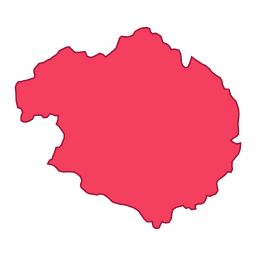 Ilicínea, Minas Gerais, Brazil
{"feature_id": "56859067B59250677918244", "entity_name": "Ilicínea", "entity_type": "district", "adm_level": 2, "iso_a3": "BRA", "parent_name": "Brazil", "parent_adm1": "Minas Gerais", "projection": "natural_earth1", "projection_center": [-45.811, -20.936], "detail": "fine", "context": "isolated", "style": "filled", "palette": "rose", "viewbox_px": 256, "rotation_deg": 0, "n_neighbors": 0, "source": "geoboundaries", "source_scale": "gbopen_adm2", "svg_char_len": 2613}
<svg xmlns="http://www.w3.org/2000/svg" viewBox="0 0 256 256"><path d="M229.0,89.4L224.4,89.0L222.4,84.3L221.7,80.3L219.7,77.4L216.8,75.8L214.5,74.3L211.6,71.9L209.9,69.4L207.9,67.6L205.5,65.6L202.2,64.2L198.7,61.8L196.2,60.2L193.9,58.5L191.7,56.9L190.5,61.0L189.1,64.6L187.9,67.2L185.0,67.8L182.6,65.4L181.3,62.1L181.1,57.6L180.7,54.1L178.9,50.2L174.8,49.2L171.1,49.5L169.7,46.6L167.3,44.3L163.2,42.6L161.9,39.8L161.0,36.5L158.4,34.6L155.5,33.2L152.7,34.0L150.5,32.2L149.7,28.8L146.9,27.6L143.2,27.9L139.7,28.8L135.3,31.4L132.9,35.2L128.3,37.0L124.8,36.8L121.5,36.3L119.7,38.1L118.6,41.2L117.3,44.7L116.5,47.6L114.3,50.0L111.9,51.9L108.8,54.6L105.5,56.9L103.1,54.6L99.8,53.3L96.0,55.4L92.9,57.0L90.0,57.4L87.0,56.3L85.1,51.7L81.8,52.1L78.3,52.5L74.7,52.2L72.0,49.8L69.1,46.8L66.0,47.5L62.6,49.1L59.2,50.9L57.3,53.8L55.3,55.5L53.0,56.8L50.3,59.1L47.0,60.4L43.8,62.6L39.2,63.4L36.4,66.5L34.1,69.4L34.0,72.4L35.1,75.2L33.8,78.2L29.3,79.4L26.6,80.4L24.0,80.7L21.5,81.6L18.4,81.8L16.5,84.1L15.4,87.5L15.9,91.3L16.1,96.2L16.3,101.2L17.1,104.3L17.8,107.5L21.0,108.6L22.7,112.2L21.1,116.2L21.1,120.5L23.4,121.9L26.1,122.0L29.1,121.0L32.5,119.1L34.3,115.2L37.5,115.2L41.1,115.0L43.7,117.7L47.0,117.3L50.0,113.8L53.2,114.7L55.7,115.8L58.0,115.2L58.1,119.5L56.4,124.3L58.8,126.1L60.7,128.7L62.8,131.6L64.3,134.3L64.2,138.2L62.8,141.3L61.5,144.9L59.2,147.3L56.1,147.4L55.2,150.6L54.2,153.3L52.9,156.6L52.1,159.3L49.6,160.2L47.7,163.9L50.7,164.4L53.6,165.4L56.3,167.6L59.0,170.9L63.0,171.9L66.4,171.7L70.1,171.7L74.5,172.2L77.4,173.9L80.4,176.5L82.0,180.4L80.6,184.6L81.1,187.4L83.9,189.8L86.4,192.2L88.7,193.5L91.3,193.9L94.0,194.4L96.9,194.9L100.0,193.9L102.7,194.2L106.3,196.1L109.2,198.5L112.5,201.9L116.0,203.1L119.3,204.0L123.5,204.6L126.4,205.2L129.3,206.2L132.9,207.4L135.9,209.0L138.6,210.9L141.6,215.3L144.1,218.9L147.1,221.8L152.1,221.6L153.3,226.7L155.8,228.4L158.8,228.1L160.1,225.5L161.8,221.9L166.0,222.9L169.0,222.4L171.3,218.5L171.8,213.4L173.1,209.3L176.9,207.0L180.4,206.3L182.8,205.5L186.1,208.4L189.0,207.3L191.3,209.5L195.8,208.9L195.1,205.5L197.8,204.0L201.5,203.8L204.3,202.2L205.9,198.9L206.7,195.7L210.1,196.2L212.9,194.9L215.7,193.9L217.9,190.6L217.1,186.6L216.6,182.6L218.6,179.5L221.3,177.7L224.5,175.4L227.7,171.9L230.9,172.2L232.4,169.3L231.9,166.4L232.1,161.6L234.5,158.5L236.3,156.3L238.5,153.6L239.6,150.8L240.4,147.1L240.6,143.0L236.7,144.0L233.3,142.4L230.7,140.2L233.6,138.0L236.1,136.6L238.4,134.4L238.5,130.3L238.0,125.5L238.0,122.6L238.5,118.4L238.9,113.8L238.4,109.0L237.3,105.3L235.9,101.3L233.1,98.5L230.6,95.2L229.0,89.4Z" fill="#f43f5e" stroke="#9f1239" stroke-width="1.5"/></svg>